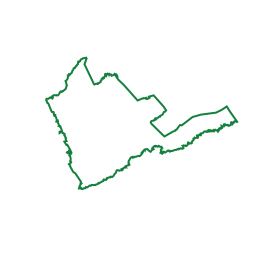 Zacualpan, Morelos, Mexico (Mercator projection), rotated 38°
{"feature_id": "50627088B38622860816181", "entity_name": "Zacualpan", "entity_type": "district", "adm_level": 2, "iso_a3": "MEX", "parent_name": "Mexico", "parent_adm1": "Morelos", "projection": "mercator", "projection_center": [-98.741, 18.81], "detail": "fine", "context": "isolated", "style": "outline", "palette": "green", "viewbox_px": 256, "rotation_deg": 38, "n_neighbors": 0, "source": "geoboundaries", "source_scale": "gbopen_adm2", "svg_char_len": 5829}
<svg xmlns="http://www.w3.org/2000/svg" viewBox="0 0 256 256"><g transform="rotate(38 128 128)"><path d="M49.1,104.7L48.8,106.0L47.9,106.2L47.9,106.5L49.2,108.4L48.9,108.8L49.2,110.8L48.8,111.3L48.8,112.0L49.2,112.5L49.1,113.5L48.4,114.3L48.9,115.2L48.9,117.3L49.3,117.7L49.7,119.5L49.3,120.5L49.4,121.6L48.3,121.9L48.4,122.3L49.0,122.7L49.1,123.2L48.3,123.7L50.0,125.9L50.2,128.6L49.9,129.5L50.6,129.8L52.3,131.2L53.5,131.9L54.9,135.8L54.6,136.4L54.1,139.2L54.0,139.4L53.5,139.4L53.4,140.5L52.5,140.6L52.4,141.0L52.3,142.0L52.7,142.9L52.8,144.2L52.5,145.7L52.1,146.1L51.2,146.2L50.4,147.2L49.3,147.8L49.0,149.2L50.2,150.4L50.1,150.6L48.7,150.5L48.8,151.0L49.5,151.5L47.8,151.9L47.3,154.0L45.8,155.2L46.4,156.5L47.4,156.7L48.3,157.6L49.2,157.9L49.9,157.6L57.9,162.2L59.4,161.3L60.2,162.1L60.5,162.0L61.6,163.2L62.5,162.6L62.8,163.7L63.9,163.4L66.6,165.2L67.2,165.8L67.4,166.5L68.0,165.6L68.5,166.5L68.9,166.1L69.7,167.0L72.0,168.4L72.1,168.8L72.4,168.5L73.2,168.9L73.6,168.3L78.1,171.2L77.4,172.8L76.6,172.7L76.4,173.2L77.2,174.1L78.2,171.3L79.8,172.3L80.3,171.9L81.4,171.7L81.4,172.0L82.7,172.7L82.5,173.0L85.2,174.0L85.0,174.5L86.4,175.6L87.6,176.1L86.2,177.9L89.9,179.3L90.5,178.6L95.7,180.7L95.4,181.8L95.6,182.8L94.9,184.8L95.9,185.0L96.4,184.4L97.3,184.2L97.3,185.3L97.6,184.0L97.3,183.8L97.1,182.9L97.3,181.6L98.2,181.9L98.8,182.5L98.5,183.6L98.6,184.3L98.9,184.3L98.6,185.7L100.3,186.2L101.7,187.5L102.6,188.6L102.6,189.4L103.3,190.1L103.5,190.1L103.5,189.8L104.2,189.8L104.4,190.8L103.7,192.9L105.5,193.1L106.1,193.9L112.0,196.4L114.3,196.1L124.0,199.3L124.5,200.6L125.5,200.4L125.4,203.1L126.6,205.8L127.5,204.8L128.3,204.7L128.0,204.1L129.0,204.2L129.9,204.0L130.4,202.5L131.1,202.2L131.5,201.6L131.1,200.6L132.5,199.8L133.1,197.1L134.2,196.5L134.3,195.4L134.9,194.8L136.1,194.3L136.5,193.6L137.5,193.0L137.6,192.1L138.4,191.3L138.7,190.6L138.5,189.6L139.3,189.4L140.1,186.9L141.1,185.1L141.2,184.4L140.6,184.2L140.5,183.6L142.6,182.5L142.7,181.5L142.4,181.5L142.2,181.0L142.7,180.5L142.4,180.0L143.1,179.3L143.6,178.3L144.4,177.9L144.4,176.8L145.5,176.6L145.8,176.2L146.1,174.9L145.8,172.6L146.0,170.9L145.2,168.5L145.3,168.0L146.7,167.2L147.4,167.1L147.8,166.2L149.3,165.2L149.4,164.8L148.6,164.3L149.4,163.9L149.4,163.4L148.8,163.2L149.2,162.4L149.3,161.6L150.7,160.4L149.6,160.2L149.6,159.6L151.8,156.2L151.4,155.9L150.8,156.2L150.5,155.9L150.3,155.1L149.4,154.7L148.9,153.5L148.4,149.7L149.4,147.9L150.1,148.3L150.4,147.4L151.1,147.1L151.2,146.3L152.0,145.8L152.7,144.5L153.4,143.6L154.5,143.0L154.9,140.9L154.8,139.4L154.1,139.5L153.9,139.1L153.9,138.6L154.6,137.6L154.1,136.8L154.3,135.0L154.5,134.7L155.1,135.0L154.8,134.1L156.0,132.8L159.8,133.0L160.5,132.8L160.4,130.5L161.0,129.5L160.0,129.6L159.7,129.3L160.6,128.7L160.0,128.4L159.6,127.4L159.8,126.5L159.9,126.2L160.8,125.8L160.4,125.4L161.0,124.9L162.1,124.4L162.9,124.5L163.2,124.0L163.3,123.1L164.6,123.2L165.8,122.2L167.1,122.6L166.7,123.2L167.6,124.1L167.4,125.1L168.3,126.1L168.8,126.1L168.9,127.6L169.9,127.4L169.3,125.9L169.5,125.7L170.3,126.6L170.9,126.8L171.0,125.8L170.5,125.0L170.6,124.7L171.1,124.5L171.6,124.8L172.5,124.4L173.4,121.0L174.9,120.3L174.5,121.0L175.5,120.9L176.6,119.1L177.2,118.8L177.7,117.5L179.0,115.9L179.6,115.4L179.6,115.1L180.4,113.7L180.7,113.9L181.1,113.6L180.9,113.0L181.7,112.5L181.9,111.7L182.4,111.3L183.4,111.1L183.9,110.5L184.1,109.6L183.4,109.3L182.8,108.4L182.0,108.3L182.5,107.5L183.2,107.4L183.7,106.6L184.7,106.6L185.2,106.1L185.3,104.6L184.2,102.5L184.4,102.2L184.9,102.4L185.0,103.1L185.5,103.2L185.8,103.0L185.9,102.0L187.3,101.3L187.6,100.8L187.6,100.4L186.9,99.8L186.7,98.6L187.1,97.4L187.0,96.9L186.2,96.3L186.7,95.4L186.3,95.0L186.4,94.5L187.4,94.4L188.1,93.0L188.8,93.0L189.1,92.5L188.7,91.8L187.6,91.9L186.9,91.5L187.1,91.0L188.2,90.3L188.3,89.6L189.9,88.9L189.7,88.3L189.4,88.0L188.6,88.1L188.5,87.8L190.2,85.7L190.2,83.9L191.4,82.7L191.9,82.8L192.2,82.2L192.7,82.4L193.0,81.8L194.2,80.7L192.8,80.7L192.6,80.1L192.9,79.8L193.8,80.0L194.4,79.0L194.8,79.2L195.7,78.6L196.2,78.8L196.5,78.4L196.5,77.5L197.4,78.0L197.8,77.8L197.7,76.7L197.3,76.3L197.8,75.6L198.8,75.7L199.2,75.2L199.6,75.1L201.1,75.5L201.0,74.8L200.4,74.8L200.0,74.2L200.2,73.7L201.0,74.0L201.2,73.6L200.2,72.6L200.3,72.4L201.0,72.7L200.9,71.8L200.4,71.7L200.8,71.0L201.4,71.3L201.8,71.1L202.1,70.0L200.5,68.8L201.8,68.6L201.8,68.1L202.6,67.7L202.5,67.1L201.3,66.2L202.2,65.2L203.3,65.4L203.3,65.1L204.3,64.7L204.5,64.3L204.9,64.1L205.8,64.5L206.2,64.2L206.2,63.5L206.9,62.9L206.8,61.7L207.9,61.3L207.9,60.9L207.8,60.6L206.1,60.5L205.8,60.2L205.9,59.8L206.3,59.5L207.1,60.1L207.8,59.8L208.2,59.0L207.7,57.8L208.0,57.6L208.1,56.5L210.1,56.3L210.2,55.9L197.6,52.1L192.6,50.2L190.6,56.2L187.9,61.7L177.2,72.6L172.1,79.6L168.7,92.9L167.7,93.2L167.1,93.8L167.2,98.3L167.4,98.7L167.2,99.4L166.7,100.1L166.6,101.1L166.8,101.2L165.5,103.5L161.9,112.3L144.3,110.3L142.6,109.8L142.2,108.8L142.2,108.1L143.9,106.0L143.7,105.6L144.5,104.6L143.5,103.8L143.7,103.5L144.4,103.8L144.7,103.6L144.9,102.8L144.9,101.8L145.3,101.5L145.5,100.1L146.2,99.4L145.8,99.1L147.0,95.9L146.4,93.4L147.2,92.2L147.2,90.6L142.4,89.1L128.1,86.5L125.2,90.4L126.4,91.0L125.3,93.4L124.5,93.7L124.4,93.1L123.8,92.9L122.2,95.0L121.7,95.0L118.6,100.4L98.4,96.7L90.5,95.9L86.7,94.6L87.1,94.0L87.6,93.8L86.6,93.2L86.1,93.4L85.6,92.9L85.2,93.1L84.9,94.0L84.1,93.8L84.1,95.1L83.0,96.9L82.0,96.2L81.0,96.7L80.8,97.7L80.1,96.9L79.8,96.9L79.4,97.8L78.5,97.7L78.3,98.6L78.6,99.8L77.5,99.2L77.1,99.1L76.8,99.5L78.1,101.6L78.1,102.3L77.7,103.1L78.1,103.2L78.4,103.7L78.2,104.2L77.3,103.9L77.1,105.9L77.7,106.4L77.5,108.1L78.1,108.6L77.4,110.7L76.7,111.1L76.5,111.6L76.9,112.0L75.4,113.0L74.8,114.4L73.9,114.3L71.0,112.8L54.5,104.6L52.5,98.6L51.7,98.4L51.4,99.4L50.6,99.6L49.7,100.7L49.3,102.0L48.6,103.0L48.7,103.9L49.1,104.7Z" fill="none" stroke="#15803d" stroke-width="2"/></g></svg>